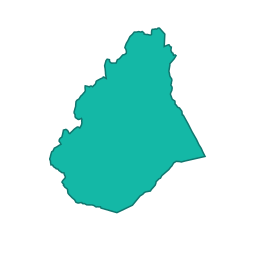 the district of Santa María Yavesía, Oaxaca, Mexico, rotated 51°
{"feature_id": "50627088B32377939266128", "entity_name": "Santa María Yavesía", "entity_type": "district", "adm_level": 2, "iso_a3": "MEX", "parent_name": "Mexico", "parent_adm1": "Oaxaca", "projection": "mercator", "projection_center": [-96.422, 17.203], "detail": "fine", "context": "isolated", "style": "filled", "palette": "teal", "viewbox_px": 256, "rotation_deg": 51, "n_neighbors": 0, "source": "geoboundaries", "source_scale": "gbopen_adm2", "svg_char_len": 3417}
<svg xmlns="http://www.w3.org/2000/svg" viewBox="0 0 256 256"><g transform="rotate(51 128 128)"><path d="M198.6,86.0L193.5,84.9L189.9,83.9L185.6,83.4L179.9,82.0L171.2,80.6L162.9,78.8L152.8,77.0L152.0,77.6L148.9,75.6L144.8,75.4L143.0,76.4L140.6,76.1L139.3,76.4L138.9,76.2L137.2,75.0L136.6,74.6L133.9,75.4L133.4,75.5L131.9,75.0L130.6,74.5L128.8,74.0L127.7,73.0L126.3,70.2L124.7,68.5L123.8,68.0L122.7,67.8L122.0,67.9L121.2,67.3L120.7,66.3L119.6,65.3L118.8,64.1L117.5,63.2L114.5,62.9L113.6,62.6L111.5,61.4L109.6,60.5L105.4,55.8L104.4,55.1L103.3,48.8L103.3,48.7L102.0,45.1L101.0,45.3L100.3,46.2L100.1,46.9L98.2,46.0L96.7,46.6L95.8,46.0L94.8,46.0L92.6,43.6L92.4,43.4L91.8,43.8L91.0,43.9L90.4,43.9L89.6,43.8L89.2,43.7L88.7,44.3L87.5,48.6L78.2,40.3L70.2,40.7L69.7,41.2L69.3,41.7L69.2,43.6L68.0,44.6L67.9,45.3L66.6,47.1L67.0,48.0L68.0,49.1L68.4,49.5L69.0,49.9L69.6,50.5L70.1,50.9L70.0,51.9L69.7,52.4L67.4,54.1L67.1,54.7L65.2,56.3L64.5,56.0L64.0,55.8L63.2,55.9L62.4,56.2L61.9,56.3L61.6,57.6L59.8,59.0L58.9,60.9L57.4,62.8L58.0,65.6L58.1,67.4L58.2,68.9L58.8,70.3L59.5,71.7L60.3,73.6L61.0,75.6L61.6,76.8L62.7,78.6L63.6,79.9L65.5,80.1L67.4,81.0L68.9,82.4L68.7,84.5L67.9,86.2L68.6,90.0L68.7,91.8L68.2,93.2L69.1,94.8L70.0,96.4L68.9,97.8L67.1,100.1L64.8,100.5L63.2,99.4L61.4,100.9L61.8,102.7L64.9,107.0L67.6,108.5L69.4,109.7L70.6,110.5L71.9,111.5L73.0,112.1L74.6,113.0L75.8,113.7L74.3,114.4L73.3,114.6L72.8,115.1L73.2,115.8L72.5,118.3L71.7,122.3L71.7,123.4L72.9,124.9L73.4,126.3L73.5,128.2L73.7,129.5L72.2,130.2L71.7,131.0L71.8,132.1L69.9,133.4L68.3,134.7L69.0,135.5L69.9,136.2L70.8,136.8L72.1,137.7L72.8,139.1L72.9,140.2L73.4,142.7L73.5,144.7L74.1,146.4L74.6,147.7L74.3,150.3L74.7,151.7L77.1,154.1L78.2,155.0L79.5,156.9L81.6,159.8L82.6,160.5L84.4,160.7L85.4,161.7L86.8,162.3L90.1,161.3L90.6,160.4L91.1,159.0L91.2,158.2L92.3,158.4L93.3,159.5L95.0,160.6L96.4,162.4L97.6,165.4L95.9,166.1L95.3,166.8L95.1,169.4L95.1,171.0L95.4,173.1L95.5,175.0L95.8,176.6L95.3,177.1L93.6,176.8L91.9,176.5L90.0,177.1L89.0,179.5L90.2,180.9L91.8,182.9L92.6,184.0L93.4,185.1L93.3,187.3L93.8,188.7L94.8,189.8L96.9,189.9L98.5,190.3L98.1,192.7L97.9,195.0L97.3,197.9L98.0,199.5L98.6,200.4L98.5,202.3L99.7,204.1L100.8,205.6L101.9,206.9L102.4,207.9L103.4,208.7L104.6,208.9L106.4,210.1L108.2,211.1L108.7,210.3L110.0,209.8L110.5,210.2L112.4,210.0L113.3,209.4L114.4,209.5L115.9,208.3L117.5,208.4L121.2,207.4L122.6,206.0L123.6,206.6L124.9,207.0L126.3,207.3L127.1,208.0L127.4,209.1L127.6,210.6L128.1,212.8L128.7,213.5L131.4,213.4L131.7,214.2L133.9,214.3L134.3,214.3L136.2,213.8L136.8,213.7L137.3,213.6L137.6,213.7L137.9,213.7L138.6,214.3L140.4,215.4L140.8,215.6L141.1,215.7L142.1,215.7L142.7,215.7L147.1,215.3L150.1,214.7L150.3,214.7L150.8,214.8L152.5,215.1L152.8,215.2L153.3,215.0L153.7,214.8L154.7,214.2L155.1,213.7L155.3,213.5L155.8,212.4L156.7,211.0L156.9,210.9L157.0,210.8L157.5,211.0L158.3,210.8L158.5,210.6L158.7,210.4L158.8,210.2L159.0,209.7L159.4,209.4L161.8,208.4L165.3,204.2L167.3,203.0L168.2,202.9L168.7,202.8L169.5,202.2L170.1,201.1L171.2,200.1L171.6,199.4L171.9,199.0L173.2,199.4L186.8,189.9L190.8,173.1L188.4,161.4L188.4,161.1L188.8,158.2L188.5,156.2L188.7,154.6L191.1,150.2L190.5,148.6L190.0,145.4L189.5,142.8L188.5,141.2L187.4,139.9L187.0,135.9L187.4,134.3L186.3,131.7L186.0,122.5L185.2,119.1L185.2,118.2L183.8,114.2L184.0,113.8L184.2,111.6L186.7,108.9L188.0,107.9L189.3,104.9L198.6,86.0Z" fill="#14b8a6" stroke="#0f766e" stroke-width="1.5"/></g></svg>